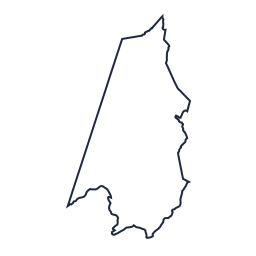 the district of Mâncio Lima, Acre, Brazil, rotated 268°
{"feature_id": "56859067B52831070472146", "entity_name": "Mâncio Lima", "entity_type": "district", "adm_level": 2, "iso_a3": "BRA", "parent_name": "Brazil", "parent_adm1": "Acre", "projection": "mercator", "projection_center": [-73.421, -7.452], "detail": "fine", "context": "isolated", "style": "outline", "palette": "slate", "viewbox_px": 256, "rotation_deg": 268, "n_neighbors": 0, "source": "geoboundaries", "source_scale": "gbopen_adm2", "svg_char_len": 4017}
<svg xmlns="http://www.w3.org/2000/svg" viewBox="0 0 256 256"><g transform="rotate(268 128 128)"><path d="M217.2,125.3L199.1,118.6L194.6,117.0L189.0,114.9L168.6,107.5L165.5,106.4L145.3,99.0L95.0,80.7L65.8,70.0L63.7,69.3L52.1,65.1L53.0,66.5L53.9,67.5L53.6,68.7L55.1,70.5L55.7,70.7L56.5,71.3L56.6,72.3L56.9,73.3L58.6,74.6L59.8,76.6L60.3,79.7L60.6,81.0L60.9,81.6L61.8,82.6L62.5,83.2L64.8,84.2L66.3,85.2L68.3,87.8L68.0,89.1L67.9,90.2L67.8,92.0L67.8,93.8L68.7,95.7L70.0,97.2L70.6,98.1L70.9,99.0L70.7,100.6L70.0,101.7L69.1,102.7L68.5,103.8L67.3,105.2L65.4,106.3L62.1,107.9L60.6,108.4L59.0,108.6L59.7,107.4L59.7,106.1L58.7,105.6L58.0,105.7L56.1,106.4L54.8,107.2L53.5,107.9L52.6,107.4L50.9,106.7L49.3,106.3L48.1,106.3L47.0,106.6L44.6,108.0L42.8,108.5L42.3,109.4L41.4,112.5L40.9,113.4L40.1,114.1L39.6,114.3L38.4,115.0L35.9,114.2L34.7,114.5L32.3,114.2L31.6,113.6L30.6,112.0L28.4,109.4L27.6,109.4L26.2,111.2L24.6,108.4L23.3,108.2L22.5,108.6L21.9,109.4L21.8,110.9L22.5,111.7L22.8,112.9L23.3,114.2L25.1,117.3L26.4,120.1L28.4,122.7L29.0,127.8L29.6,129.4L30.1,130.1L30.5,130.4L28.7,132.7L28.2,134.4L28.1,135.7L26.5,139.3L26.2,140.4L25.2,141.7L23.2,142.0L21.5,142.6L20.4,142.8L18.2,142.5L17.5,143.4L17.7,144.8L18.0,146.9L19.0,149.0L20.7,148.9L21.5,149.2L23.4,150.9L24.8,152.7L26.3,155.0L27.2,155.6L28.1,156.7L29.9,157.7L31.9,159.3L32.5,159.8L34.9,160.3L36.2,161.1L36.6,161.7L36.6,164.6L36.8,165.5L37.9,166.7L39.0,168.4L41.9,169.6L42.5,169.6L43.3,169.1L44.1,169.2L44.7,169.6L45.2,171.6L46.4,173.1L47.7,176.1L48.4,177.0L49.7,177.7L50.7,177.9L54.9,177.9L59.8,179.3L60.6,179.7L63.2,180.0L64.8,181.6L66.7,182.7L68.3,184.0L69.7,184.5L71.4,185.4L72.0,187.0L75.3,181.2L95.6,177.9L97.5,177.6L99.7,177.3L101.7,177.2L102.4,177.9L103.4,178.3L104.1,178.4L104.7,178.6L105.2,178.9L106.0,179.6L106.6,180.3L107.3,180.4L107.8,180.2L108.3,180.7L108.9,181.1L109.2,181.6L109.6,182.1L110.2,182.6L110.6,183.1L111.3,183.8L111.6,184.4L112.1,184.8L112.7,184.9L113.9,185.1L114.6,185.4L115.2,186.1L115.6,186.7L116.3,186.7L117.0,186.5L117.6,186.3L118.3,186.1L118.9,185.9L119.4,185.6L120.1,185.3L120.9,185.1L121.5,184.9L121.8,184.3L122.5,184.0L122.9,183.6L123.8,183.0L125.2,183.1L126.0,182.9L126.6,182.6L127.2,182.3L128.0,182.4L129.0,182.8L129.5,183.1L130.0,183.1L130.4,182.6L130.8,182.2L131.6,181.9L131.6,181.3L131.9,180.6L132.3,179.8L133.0,179.2L133.9,179.2L134.6,178.5L135.0,177.8L135.6,177.4L136.1,177.0L136.4,176.2L137.3,175.7L138.2,176.0L138.7,176.5L138.3,177.1L138.1,177.7L137.6,178.5L137.1,179.1L136.5,179.7L136.3,180.3L136.4,180.9L137.0,181.1L137.6,181.4L138.1,181.6L138.9,182.2L139.6,182.4L140.3,182.6L140.8,182.9L141.5,183.3L142.2,183.8L142.6,184.2L143.0,184.5L143.3,185.2L143.3,186.0L143.4,186.7L143.1,187.4L142.7,187.8L152.9,190.9L154.2,189.7L159.8,184.6L163.7,181.2L165.0,179.8L165.5,179.5L165.9,179.1L166.8,178.6L173.8,175.5L180.7,172.7L188.8,169.4L190.5,168.6L191.6,168.2L192.2,168.4L192.9,168.8L193.8,169.0L194.8,169.3L195.7,169.2L196.3,169.2L197.2,169.2L198.1,169.4L198.7,169.4L199.8,169.4L200.5,169.5L201.1,169.6L201.8,169.7L202.6,169.8L203.4,170.2L203.9,170.6L204.8,171.0L205.4,171.1L205.9,171.3L206.4,171.2L207.1,171.2L207.8,171.7L208.2,172.1L209.1,171.9L209.8,171.4L210.2,171.0L211.2,170.3L211.8,169.8L212.4,169.1L213.1,168.7L213.7,168.2L214.2,167.7L214.6,167.3L215.2,167.0L224.8,168.9L224.7,168.2L225.0,167.6L225.2,166.9L226.0,166.2L226.6,166.1L227.2,166.1L227.5,166.6L228.1,166.7L228.7,166.7L229.4,166.8L230.2,166.9L230.8,167.0L231.6,166.9L232.5,166.8L233.3,166.8L234.0,166.9L234.9,167.1L236.0,166.7L237.3,166.2L238.0,166.3L238.5,166.3L237.7,165.5L237.2,165.0L231.3,159.5L228.3,156.6L227.4,156.0L226.9,155.6L227.1,155.1L226.5,154.8L226.1,154.1L225.6,153.5L225.1,153.2L224.7,152.9L224.3,152.2L224.5,151.7L224.1,150.8L223.6,150.2L223.5,149.6L223.1,148.9L222.8,148.3L221.8,148.3L221.0,147.7L220.9,147.0L220.9,146.2L220.5,145.6L219.7,145.1L219.6,144.4L219.6,143.6L219.5,142.9L219.4,141.7L219.3,141.1L219.2,140.5L219.1,139.8L218.9,138.2L218.7,136.8L218.3,133.6L217.8,129.8L217.2,125.3Z" fill="none" stroke="#1e293b" stroke-width="2"/></g></svg>